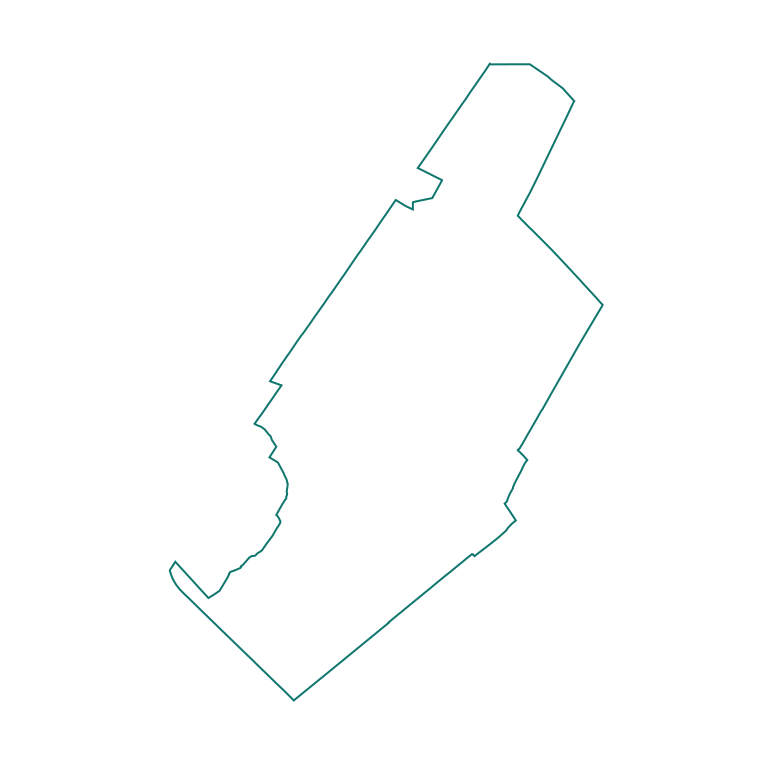 Stalpu, Buzau, Romania (Robinson projection), rotated 166°
{"feature_id": "2599482B31548531217148", "entity_name": "Stalpu", "entity_type": "district", "adm_level": 2, "iso_a3": "ROU", "parent_name": "Romania", "parent_adm1": "Buzau", "projection": "robinson", "projection_center": [26.725, 45.071], "detail": "fine", "context": "isolated", "style": "outline", "palette": "teal", "viewbox_px": 768, "rotation_deg": 166, "n_neighbors": 0, "source": "geoboundaries", "source_scale": "gbopen_adm2", "svg_char_len": 4857}
<svg xmlns="http://www.w3.org/2000/svg" viewBox="0 0 768 768"><g transform="rotate(166 384 384)"><path d="M203.8,669.2L209.2,664.2L211.0,662.6L215.7,658.5L223.7,651.5L226.1,649.4L229.6,646.4L236.1,640.4L240.5,636.7L244.4,633.3L253.5,625.3L260.0,619.7L269.2,611.5L273.4,607.8L277.6,604.0L283.4,598.9L291.0,592.3L295.0,588.8L299.0,585.4L278.4,567.8L279.3,566.6L292.2,552.7L308.9,553.4L312.0,553.3L313.8,546.4L319.8,551.3L328.1,559.7L328.8,559.1L336.9,551.9L341.5,547.8L343.8,545.8L346.0,543.9L348.2,542.0L350.0,540.3L352.1,538.5L353.5,537.1L357.1,534.0L360.1,531.4L364.7,527.5L371.1,521.8L375.7,517.8L378.5,515.5L395.7,500.1L398.4,497.8L412.5,485.4L415.7,482.8L420.1,478.9L423.3,476.0L424.9,474.7L426.4,473.4L427.7,472.3L428.7,471.4L430.2,470.1L432.3,468.3L434.1,466.8L437.2,464.1L438.3,463.1L439.6,461.9L442.0,459.8L444.4,457.8L446.7,455.8L448.6,454.1L449.8,453.2L451.2,452.0L451.9,451.6L454.0,449.8L458.1,446.3L460.0,444.5L462.8,442.0L464.8,440.2L467.6,437.7L468.5,436.8L469.6,436.0L470.9,434.9L471.8,434.1L473.1,433.0L474.0,432.1L477.4,429.2L482.4,424.6L483.3,423.9L484.4,422.9L484.6,422.5L493.9,414.2L483.8,407.5L487.9,403.9L490.6,401.6L493.6,398.9L497.1,395.8L499.9,393.4L510.4,384.1L513.4,381.7L519.2,376.7L518.7,376.1L516.6,374.3L514.3,372.8L513.7,372.3L511.7,370.0L510.9,369.0L510.5,368.4L509.7,366.6L508.4,363.6L507.4,361.9L506.8,361.0L506.6,360.2L506.5,359.8L506.5,358.5L506.4,357.6L506.3,356.7L504.4,351.4L504.1,350.4L503.7,349.2L512.9,340.5L506.5,334.2L505.8,333.1L502.8,321.3L502.8,320.1L502.1,317.1L501.7,315.1L501.6,313.0L501.8,311.5L501.5,310.7L501.9,309.4L502.6,307.5L503.6,305.2L504.0,304.3L504.2,303.5L504.5,302.8L504.5,302.3L504.5,301.6L504.5,301.2L504.6,300.8L504.9,300.2L505.0,299.8L505.2,299.4L505.6,299.0L506.2,298.1L506.3,297.4L506.5,296.6L507.9,295.6L511.4,292.3L515.3,288.2L520.2,282.9L519.4,281.9L518.7,280.0L518.1,277.9L518.1,277.0L517.7,275.9L517.9,275.1L519.4,273.1L522.6,270.2L526.9,265.8L528.3,264.3L529.5,263.2L532.3,260.9L534.7,259.0L535.8,258.1L539.6,254.8L540.5,254.0L542.1,252.6L542.5,252.2L543.6,251.7L544.0,251.5L545.2,251.1L546.0,250.9L548.0,250.2L549.2,249.4L550.0,248.9L550.8,248.6L551.2,248.6L552.0,248.7L552.9,248.9L554.0,249.0L554.8,248.8L556.4,248.3L559.1,246.5L564.5,242.7L567.0,241.7L566.9,241.0L568.0,240.2L574.4,239.2L578.7,238.8L580.5,237.1L580.4,236.7L582.9,233.8L584.8,231.9L593.6,223.1L594.8,222.7L598.5,221.3L603.6,219.6L606.2,218.8L607.8,222.0L608.9,223.9L612.1,229.7L617.2,239.3L622.3,248.7L629.5,262.0L634.7,257.1L636.9,255.1L637.0,254.6L637.0,254.0L636.7,250.6L636.7,250.4L636.6,249.7L636.6,249.4L636.1,246.3L636.1,246.0L635.3,242.9L634.7,241.0L634.4,239.9L634.1,239.1L633.1,236.9L631.8,234.0L631.6,233.7L630.2,231.3L628.7,228.8L626.1,224.7L619.3,213.7L615.5,207.5L606.1,192.4L600.6,183.5L584.4,157.5L584.3,157.3L583.1,155.5L580.3,150.9L580.1,150.7L573.0,139.1L567.0,129.5L561.1,119.9L555.3,110.9L553.5,107.9L548.8,100.0L548.1,98.8L503.2,119.9L455.7,142.4L436.9,151.3L437.1,151.6L435.4,152.4L432.9,153.6L430.9,154.6L428.6,155.7L423.9,157.9L420.7,159.4L417.2,161.1L415.2,162.0L412.5,163.3L410.9,164.1L409.3,164.8L406.8,166.0L405.2,166.8L402.3,168.1L398.1,170.1L395.9,171.2L392.9,172.6L390.9,173.5L389.0,174.4L384.7,176.5L382.2,177.7L379.3,179.1L374.9,181.2L369.5,183.7L363.6,186.4L358.2,189.0L354.4,190.8L350.9,192.4L346.6,194.5L344.1,195.7L341.2,197.0L339.9,197.6L339.6,197.1L339.0,197.2L337.8,195.1L332.6,197.4L324.8,200.8L317.7,203.9L309.7,207.6L301.0,212.2L298.3,214.6L293.5,217.6L289.1,219.7L290.0,222.4L291.3,226.0L292.5,229.5L294.6,235.1L295.7,238.4L295.8,238.9L295.4,239.0L294.5,239.5L293.9,239.7L293.5,240.1L292.9,240.6L291.8,242.6L291.2,243.3L290.0,245.1L288.1,247.4L284.3,251.4L283.6,252.9L282.3,254.7L279.8,257.8L277.7,260.1L272.2,266.2L269.5,269.6L266.4,273.1L265.7,273.7L265.0,274.3L263.4,275.5L264.3,277.4L265.3,279.1L266.1,280.7L268.0,283.9L268.8,285.3L269.6,286.4L270.1,286.9L270.1,287.1L270.2,287.3L270.2,287.6L270.0,287.9L269.7,287.9L269.4,288.0L269.1,288.1L268.9,288.2L268.4,288.3L267.9,288.8L267.6,289.1L267.4,289.3L266.4,290.3L264.4,292.2L262.8,293.9L261.2,295.6L258.0,299.0L255.5,301.6L252.5,304.6L249.4,307.9L245.7,311.7L240.4,317.3L237.8,320.1L236.8,320.7L235.3,322.3L221.5,336.9L216.2,342.4L183.7,376.5L154.4,406.0L152.7,407.8L152.9,408.3L153.2,408.8L153.7,409.6L154.3,410.7L155.3,412.6L156.7,415.4L162.4,425.8L164.3,429.3L164.6,429.9L165.5,431.4L169.2,438.4L173.4,446.0L174.7,448.4L177.1,452.7L184.0,465.1L189.3,474.5L203.0,497.4L206.0,502.1L207.3,504.4L208.5,506.5L209.8,508.5L213.5,514.9L211.2,517.7L207.8,521.5L205.1,524.4L201.2,528.8L196.2,534.2L183.8,548.8L172.5,562.5L159.3,578.4L151.2,588.2L144.2,596.5L131.2,612.4L131.0,612.5L131.4,613.3L135.5,621.0L136.0,621.9L138.9,627.5L142.7,632.2L146.3,636.6L146.9,637.3L148.6,639.6L150.4,642.4L162.6,656.1L165.2,659.0L177.0,661.9L198.9,667.3L202.8,668.2L203.8,669.2Z" fill="none" stroke="#0f766e" stroke-width="2"/></g></svg>